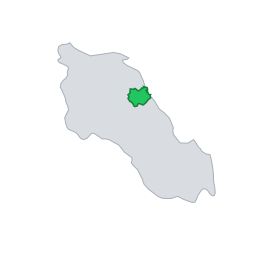 Lushnjë, Fier, Albania shown in context, rotated 141°
{"feature_id": "67620474B73435711419495", "entity_name": "Lushnjë", "entity_type": "district", "adm_level": 2, "iso_a3": "ALB", "parent_name": "Albania", "parent_adm1": "Fier", "projection": "mercator", "projection_center": [19.57, 40.906], "detail": "fine", "context": "in_parent", "style": "filled", "palette": "green", "viewbox_px": 256, "rotation_deg": 141, "n_neighbors": 0, "source": "geoboundaries", "source_scale": "gbopen_adm2", "svg_char_len": 2171}
<svg xmlns="http://www.w3.org/2000/svg" viewBox="0 0 256 256"><g transform="rotate(141 128 128)"><path d="M84.3,77.7L84.5,74.1L85.3,68.4L84.8,66.5L85.3,63.2L83.7,58.9L81.0,55.7L83.6,50.2L87.4,43.4L90.9,38.1L95.2,32.5L98.0,27.2L101.1,22.6L103.7,21.1L105.0,22.1L105.7,24.1L105.5,30.1L106.4,32.2L108.3,33.7L112.1,32.9L116.4,31.4L122.1,28.3L123.1,28.5L125.2,30.1L129.6,37.3L132.5,43.7L138.3,45.8L141.6,48.3L145.7,52.0L147.7,55.8L150.5,67.3L150.9,74.2L150.0,77.3L149.3,78.2L146.8,89.4L147.4,95.1L147.4,98.9L145.2,100.3L143.7,102.7L146.1,112.0L145.8,116.0L145.9,120.5L150.1,130.9L152.6,134.0L154.9,135.6L157.7,145.1L159.4,146.7L166.4,145.8L169.8,146.9L171.1,149.1L171.4,150.6L171.0,155.9L172.7,160.0L175.0,164.2L175.0,166.8L173.5,170.9L170.7,175.8L167.0,177.7L162.9,179.3L161.0,183.1L160.0,187.1L158.2,190.1L157.1,193.3L155.4,200.0L154.9,202.4L152.2,204.8L147.9,205.8L144.1,206.0L141.5,207.2L140.2,209.4L137.8,211.2L136.3,212.1L136.4,214.1L138.1,218.3L140.1,221.7L140.2,224.4L139.2,225.2L136.1,224.9L135.4,225.9L135.1,228.9L134.2,231.5L133.0,233.1L130.7,234.9L126.7,234.3L122.8,231.7L120.8,230.9L119.7,231.0L119.4,224.6L117.7,219.6L111.7,207.6L91.9,195.9L87.3,190.6L85.2,186.2L83.2,182.0L85.2,181.9L87.1,182.9L89.6,184.2L90.6,182.1L89.5,177.5L84.4,166.8L84.0,163.8L86.5,154.8L90.7,144.7L90.4,132.4L91.7,123.1L90.3,117.1L89.6,109.6L92.6,99.7L95.2,97.3L96.8,94.1L96.9,83.6L91.1,78.6L84.3,77.7Z" fill="#d9dde1" stroke="#a8b0b8" stroke-width="1"/><path d="M89.4,139.7L90.4,140.6L90.7,141.3L89.8,144.4L91.2,142.8L90.4,144.7L90.2,144.6L90.2,144.9L90.3,145.0L90.3,144.9L90.5,144.9L90.1,145.9L89.6,145.8L88.9,145.9L89.8,144.6L88.9,145.3L88.4,145.7L88.2,146.1L87.7,147.3L89.6,150.1L89.7,149.2L90.6,149.8L91.1,149.5L92.2,150.5L93.5,150.0L94.4,150.0L96.5,150.2L97.2,152.1L97.4,153.8L97.9,154.6L99.3,154.5L101.7,157.0L103.7,154.9L104.1,154.0L107.2,153.8L107.3,152.4L107.6,151.5L109.2,151.2L109.4,150.7L109.6,149.9L109.8,147.2L109.3,146.9L109.0,145.4L109.0,143.4L109.5,141.4L109.4,140.5L107.3,139.4L106.5,139.4L106.1,140.0L104.8,140.5L103.3,139.2L102.4,137.3L101.5,136.3L97.2,136.5L95.3,137.2L91.3,137.3L90.7,139.1L89.4,139.7Z" fill="#22c55e" stroke="#15803d" stroke-width="1.5"/></g></svg>